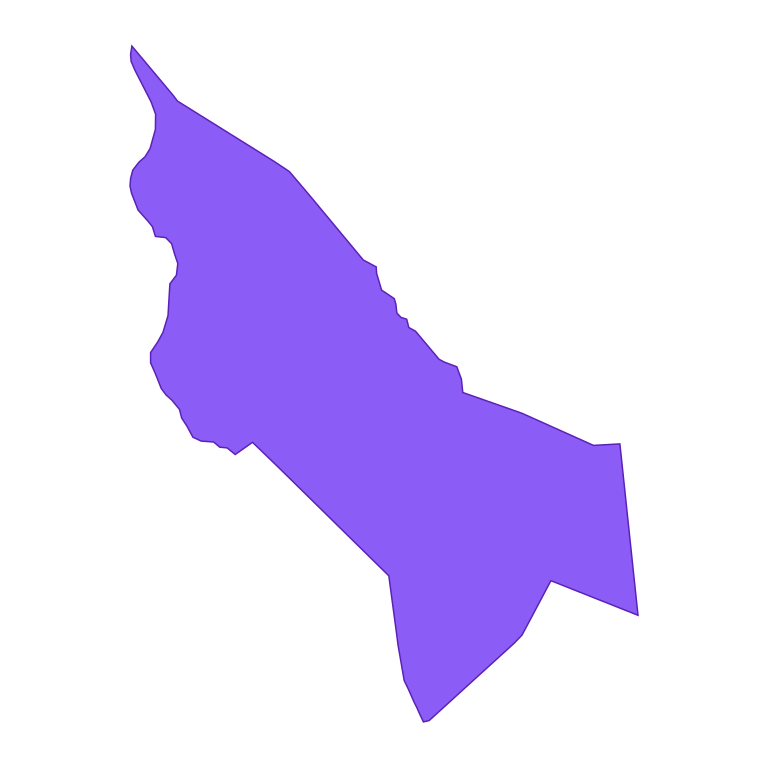 outline of Campo Largo do Piauí, Piauí, Brazil
{"feature_id": "56859067B64351752657769", "entity_name": "Campo Largo do Piauí", "entity_type": "district", "adm_level": 2, "iso_a3": "BRA", "parent_name": "Brazil", "parent_adm1": "Piauí", "projection": "robinson", "projection_center": [-42.593, -3.868], "detail": "fine", "context": "isolated", "style": "filled", "palette": "violet", "viewbox_px": 768, "rotation_deg": 0, "n_neighbors": 0, "source": "geoboundaries", "source_scale": "gbopen_adm2", "svg_char_len": 1159}
<svg xmlns="http://www.w3.org/2000/svg" viewBox="0 0 768 768"><path d="M155.4,236.4L165.7,237.6L171.6,243.7L174.5,253.8L177.8,263.6L176.4,275.2L169.9,283.8L168.0,315.6L163.0,332.3L157.8,341.8L150.6,352.5L150.6,362.9L155.2,373.2L161.3,388.6L166.1,395.0L171.8,400.1L179.5,409.4L181.6,417.9L186.9,426.1L192.9,437.2L201.2,441.1L213.6,442.0L219.8,447.2L227.1,447.9L235.2,454.5L252.5,442.3L278.9,467.8L388.8,575.8L396.7,634.5L398.0,644.9L404.2,680.6L408.1,688.6L411.8,696.9L414.2,702.4L416.7,707.3L419.1,712.8L423.4,721.9L429.1,720.6L514.3,643.1L522.0,635.1L527.4,625.0L550.9,580.7L638.0,615.3L619.9,443.9L593.5,445.4L522.0,413.3L462.8,392.5L461.4,379.1L456.8,366.8L444.1,362.0L439.1,359.3L415.5,331.2L408.8,327.5L406.7,319.2L401.0,317.4L396.9,313.1L395.9,304.3L394.3,298.7L381.6,290.1L376.6,273.3L376.2,266.9L363.3,260.0L322.9,211.4L309.1,194.8L289.4,171.6L273.8,161.2L177.5,101.1L173.5,95.8L131.9,46.1L130.6,54.3L131.1,61.3L134.9,70.2L151.1,101.9L155.6,114.2L155.4,129.4L150.1,148.5L145.1,156.7L138.9,162.2L132.8,170.1L130.6,178.3L130.0,186.0L131.5,193.1L138.1,210.1L147.9,221.1L152.4,226.7L155.4,236.4Z" fill="#8b5cf6" stroke="#5b21b6" stroke-width="1.5"/></svg>